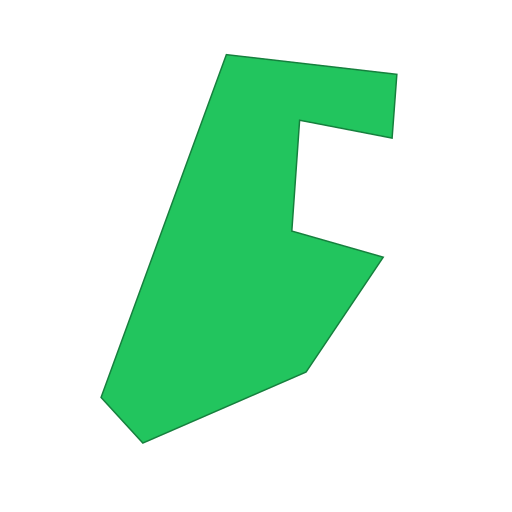 the state/province of Pembroke, rotated 281°
{"feature_id": "BMU-5139", "entity_name": "Pembroke", "entity_type": "state/province", "adm_level": 1, "iso_a3": "BMU", "parent_name": "Bermuda", "parent_adm1": "", "projection": "albers", "projection_center": [-64.794, 32.299], "detail": "fine", "context": "isolated", "style": "filled", "palette": "green", "viewbox_px": 512, "rotation_deg": 281, "n_neighbors": 0, "source": "natural_earth", "source_scale": "10m", "svg_char_len": 289}
<svg xmlns="http://www.w3.org/2000/svg" viewBox="0 0 512 512"><g transform="rotate(281 256 256)"><path d="M279.1,381.1L151.7,327.3L50.8,180.6L87.6,130.9L448.0,188.5L461.2,359.6L397.7,367.1L397.6,272.9L287.3,286.4L279.1,381.1Z" fill="#22c55e" stroke="#15803d" stroke-width="1.5"/></g></svg>